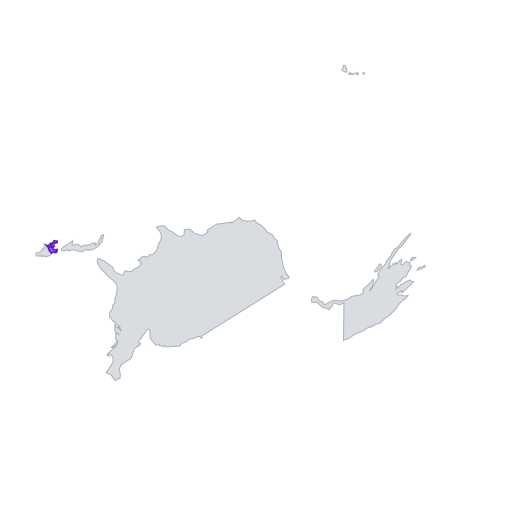 Haiti highlighted among its neighbors, rotated 148°
{"feature_id": "HTI", "entity_name": "Haiti", "entity_type": "country or territory", "adm_level": 0, "iso_a3": "HTI", "parent_name": "North America", "parent_adm1": "", "projection": "equal_earth", "projection_center": [-72.755, 19.066], "detail": "fine", "context": "with_neighbors", "style": "filled", "palette": "violet", "viewbox_px": 512, "rotation_deg": 148, "n_neighbors": 3, "source": "natural_earth", "source_scale": "50m", "svg_char_len": 6219}
<svg xmlns="http://www.w3.org/2000/svg" viewBox="0 0 512 512"><g transform="rotate(148 256 256)"><path d="M246.9,216.9L344.7,216.9L345.0,215.2L346.2,215.1L346.5,217.6L347.5,218.4L353.4,219.4L356.7,220.8L359.7,220.2L365.1,221.3L368.4,220.0L380.4,226.5L380.6,227.7L381.5,228.2L381.2,228.6L382.9,228.3L383.7,230.1L385.2,230.7L384.7,231.5L388.3,233.7L389.4,242.2L385.4,249.4L385.7,250.6L386.9,251.3L401.1,245.6L400.3,242.7L402.0,241.9L409.0,241.9L410.2,240.0L416.2,235.4L428.5,235.3L428.8,234.2L431.5,233.2L433.8,227.5L436.5,224.0L437.7,225.2L440.1,224.4L441.7,225.7L441.9,232.1L445.0,236.3L433.6,241.6L431.1,245.6L431.1,248.1L432.3,250.7L433.9,250.8L433.5,249.1L434.6,250.1L434.3,251.5L423.5,253.6L420.3,255.0L425.8,254.1L427.0,255.0L421.7,256.5L419.3,256.5L419.4,255.9L418.3,257.2L419.4,257.5L418.5,261.0L415.8,264.8L415.5,263.6L413.4,262.1L414.2,264.7L415.1,265.6L415.2,267.5L411.7,273.5L412.6,269.9L410.7,268.0L410.3,263.8L409.5,266.0L410.3,269.1L407.8,268.4L410.4,270.0L410.5,274.8L411.6,275.1L412.4,282.0L409.9,285.8L405.9,287.3L403.2,290.4L401.3,290.7L399.3,292.6L398.7,294.3L394.3,297.7L390.0,303.3L389.3,307.1L389.9,310.7L392.8,319.1L392.7,321.4L394.5,327.6L394.1,333.4L393.0,336.7L391.8,337.4L389.8,336.7L389.2,334.3L387.7,333.1L383.4,322.2L384.3,318.7L383.3,315.7L380.4,311.3L378.8,310.5L374.7,312.9L372.2,310.1L369.8,308.8L365.3,309.5L361.8,308.9L357.0,310.1L357.7,311.5L357.5,313.6L358.3,314.7L357.5,315.4L356.0,314.6L354.5,315.6L351.6,315.5L348.8,312.6L345.3,313.3L342.5,312.1L336.5,313.7L332.6,317.6L328.4,319.9L326.0,322.5L324.9,324.9L324.6,328.6L325.3,333.1L323.7,333.2L317.9,330.4L316.4,324.1L314.3,321.0L311.5,314.2L308.9,312.1L305.6,312.2L302.7,316.4L299.5,314.8L297.6,313.2L296.0,307.5L290.8,301.7L284.0,301.7L283.7,303.8L272.7,303.9L258.7,297.6L259.2,296.6L249.6,297.6L249.4,294.9L247.4,291.9L245.7,291.3L245.5,289.8L243.4,289.6L242.2,288.2L238.7,287.7L237.9,286.8L238.0,284.0L235.2,278.9L233.6,271.8L233.9,270.6L230.7,264.8L231.1,260.7L229.8,258.0L231.6,254.0L232.5,249.8L232.3,246.1L235.0,241.5L238.3,232.9L239.5,226.7L239.2,220.6L239.9,219.7L244.6,221.2L245.2,225.6L246.4,224.4L246.9,216.9ZM226.5,138.1L206.1,169.8L209.1,169.9L211.7,170.9L214.5,175.1L218.8,173.0L222.7,171.7L223.3,173.7L226.8,177.0L228.8,184.5L233.3,187.0L232.2,189.6L229.5,191.6L226.0,188.8L226.6,185.2L223.9,181.9L223.9,178.2L215.8,177.8L212.5,176.7L208.0,172.7L200.5,170.6L195.9,170.9L187.9,167.6L183.9,168.4L182.9,171.0L176.7,172.0L169.0,174.1L170.0,171.9L173.9,168.2L178.0,167.0L177.8,166.1L172.3,168.2L168.5,170.7L162.0,173.4L163.1,175.3L158.2,178.1L149.6,181.0L147.6,182.7L141.1,184.8L138.8,186.7L133.8,188.5L131.7,188.2L119.8,192.1L113.2,193.3L113.1,192.6L127.3,187.1L131.7,186.7L134.5,185.0L140.7,182.6L145.3,180.4L147.9,177.4L151.1,175.1L146.6,176.2L146.0,175.6L143.3,177.0L142.5,175.0L140.7,176.4L140.8,174.5L136.5,176.0L134.5,176.0L135.9,173.7L137.5,172.3L136.5,171.0L131.7,171.7L128.9,169.0L130.6,166.9L129.4,165.3L132.4,163.2L136.6,161.2L139.2,159.3L141.9,159.1L143.6,159.7L147.5,158.0L149.5,158.3L152.7,157.2L153.4,155.6L152.2,155.0L155.6,153.6L149.8,154.4L148.2,155.2L146.5,154.4L141.8,154.8L138.1,154.0L138.0,152.6L135.9,150.7L149.6,147.7L152.0,147.7L150.2,149.3L156.6,149.2L155.9,147.2L153.4,146.0L151.1,143.1L148.0,142.1L151.2,140.5L156.4,140.4L161.4,139.1L163.4,137.6L167.7,136.3L177.4,134.7L179.8,134.9L185.6,133.4L189.4,134.0L190.3,135.2L192.1,134.7L196.7,134.9L196.0,135.5L200.0,136.0L203.2,135.7L215.7,137.3L219.9,136.8L226.5,138.1ZM119.0,157.1L120.3,157.8L122.5,157.4L126.9,158.8L123.3,160.0L121.0,158.5L118.1,158.7L117.6,158.4L119.0,157.1ZM82.9,364.8L84.8,368.0L80.6,371.3L79.7,370.5L79.7,366.9L80.9,365.4L81.2,363.8L82.9,364.8ZM81.1,361.0L79.2,362.1L78.4,360.1L78.9,359.6L81.1,361.0ZM78.5,358.7L78.2,359.3L76.0,359.2L76.5,358.5L78.5,358.7ZM73.8,355.7L74.9,357.9L74.6,358.2L73.0,358.0L72.6,356.5L73.8,355.7ZM68.9,353.0L68.1,354.8L67.0,353.8L68.0,352.9L68.9,353.0ZM125.0,169.5L127.3,169.8L126.4,171.3L124.0,171.8L121.3,170.1L125.0,169.5ZM161.1,178.8L163.1,179.1L163.7,180.3L155.4,183.7L154.4,182.7L155.1,180.8L161.1,178.8Z" fill="#d9dde1" stroke="#a8b0b8" stroke-width="1"/><path d="M428.5,377.7L428.3,374.6L427.3,372.9L428.3,372.0L428.2,366.8L428.7,365.9L432.0,365.9L435.5,367.2L436.3,369.2L438.5,369.0L438.4,370.7L440.3,370.9L442.3,372.9L440.8,375.2L438.8,374.0L435.5,374.0L433.2,375.3L432.6,374.0L431.2,374.8L429.5,378.6L428.5,377.7Z" fill="#d9dde1" stroke="#a8b0b8" stroke-width="1"/><path d="M385.1,347.7L391.8,348.1L395.6,350.0L397.2,352.0L401.0,351.4L408.4,358.6L412.2,359.6L411.9,361.2L414.9,361.4L418.1,363.7L417.6,365.0L414.8,365.7L403.3,366.0L406.1,362.9L404.4,361.5L401.8,361.1L400.4,359.5L399.4,356.4L397.1,356.6L392.1,354.0L386.8,353.1L385.4,352.1L386.9,350.7L382.9,350.4L379.9,353.3L378.2,353.3L377.6,354.7L375.5,355.3L373.8,354.8L378.8,349.9L385.1,347.7Z" fill="#d9dde1" stroke="#a8b0b8" stroke-width="1"/><path d="M427.9,366.8L428.0,367.0L428.2,368.1L428.3,368.4L428.1,369.0L428.5,369.7L428.5,369.9L428.5,370.1L428.1,370.5L427.8,370.9L427.9,371.2L428.1,371.6L428.2,371.9L428.1,372.3L427.8,372.8L427.6,372.9L427.1,373.0L427.3,373.5L427.6,374.0L428.0,374.5L428.1,374.8L428.0,375.2L428.0,376.1L427.7,375.7L427.3,375.3L427.0,375.2L426.8,375.1L425.0,375.1L424.8,375.2L424.6,375.3L424.4,375.4L423.9,375.5L423.4,375.5L422.2,375.2L421.8,375.1L421.3,375.0L420.8,375.0L420.2,375.1L419.8,375.3L419.5,375.7L419.4,376.0L419.2,376.1L418.8,375.6L418.4,375.2L417.9,374.9L417.0,374.4L416.8,374.2L416.8,373.8L417.2,372.9L417.6,372.7L417.8,372.7L418.3,372.8L418.9,373.0L419.3,373.1L420.1,373.2L420.5,373.4L423.2,373.8L423.8,373.9L424.0,373.9L424.2,373.7L424.3,373.5L424.5,373.3L425.3,373.2L425.5,373.2L425.6,372.9L425.6,372.6L425.1,372.2L424.4,371.4L423.7,370.4L424.0,370.1L423.9,369.4L424.0,368.9L424.1,368.3L423.5,367.9L422.7,367.4L421.6,367.2L421.3,367.1L421.1,366.8L421.3,366.3L421.6,366.0L422.0,365.9L422.4,365.8L423.4,365.6L424.4,365.8L425.3,366.3L426.1,366.7L427.2,366.8L427.7,366.9L427.9,366.8ZM423.7,372.0L423.6,372.4L422.6,371.9L421.7,371.4L421.8,371.0L422.2,371.0L422.6,371.2L423.2,371.6L423.7,372.0ZM424.3,365.0L424.5,365.2L424.4,365.3L424.0,365.2L423.6,365.0L423.4,365.1L423.1,364.9L423.3,364.8L423.5,364.7L423.8,364.7L424.3,365.0Z" fill="#8b5cf6" stroke="#5b21b6" stroke-width="1.5"/></g></svg>